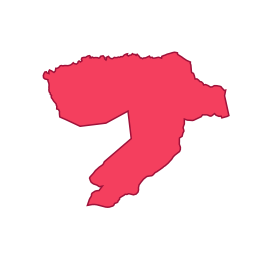 Santa Fé de Goiás, Goiás, Brazil, rotated 284°
{"feature_id": "56859067B58729650453779", "entity_name": "Santa Fé de Goiás", "entity_type": "district", "adm_level": 2, "iso_a3": "BRA", "parent_name": "Brazil", "parent_adm1": "Goiás", "projection": "albers", "projection_center": [-51.164, -15.663], "detail": "fine", "context": "isolated", "style": "filled", "palette": "rose", "viewbox_px": 256, "rotation_deg": 284, "n_neighbors": 0, "source": "geoboundaries", "source_scale": "gbopen_adm2", "svg_char_len": 3264}
<svg xmlns="http://www.w3.org/2000/svg" viewBox="0 0 256 256"><g transform="rotate(284 128 128)"><path d="M122.0,60.3L121.2,65.2L118.1,81.1L127.4,105.4L144.4,123.9L118.5,133.7L89.6,113.2L87.4,112.8L86.3,112.4L83.1,109.6L78.8,106.7L75.5,105.3L71.5,103.1L70.1,102.8L67.9,104.2L66.4,105.5L65.4,108.0L65.1,111.6L64.1,114.5L65.4,117.2L60.3,115.0L59.7,113.2L58.8,111.4L56.2,109.0L54.9,108.6L53.8,108.9L52.7,108.8L51.0,108.2L49.2,107.8L46.7,107.6L43.1,107.3L45.1,111.8L45.7,114.0L46.0,116.3L45.9,125.3L46.2,127.3L46.8,129.1L48.7,132.2L49.7,132.9L51.5,133.2L52.9,135.3L53.8,136.0L55.1,136.1L56.6,137.0L58.1,136.8L59.7,138.2L61.9,140.5L63.0,141.3L63.3,143.1L64.3,144.3L64.5,145.4L64.5,149.5L65.9,151.9L68.2,153.2L70.6,153.2L72.6,152.6L75.4,152.5L78.3,153.6L82.1,155.4L85.4,157.9L86.2,159.4L87.5,162.7L88.7,163.7L91.3,165.1L92.7,166.7L93.9,167.7L95.2,168.9L98.2,171.4L99.2,172.0L100.4,173.2L103.7,175.5L105.8,176.6L108.1,177.9L111.1,178.9L113.1,180.1L117.7,183.7L119.7,184.0L122.0,183.5L124.7,181.7L127.9,181.0L129.7,180.5L130.9,180.4L133.0,182.5L136.3,182.5L138.5,183.0L139.7,182.5L141.5,181.4L143.3,181.4L145.6,181.7L150.3,180.5L150.0,183.6L150.9,188.8L151.4,189.8L156.7,196.3L158.8,197.1L159.9,201.6L159.4,204.8L159.9,206.1L162.9,208.5L161.7,210.3L161.3,213.4L162.0,215.5L160.5,216.6L163.2,221.4L164.5,222.9L165.9,222.2L182.6,213.9L188.4,213.6L187.7,212.4L189.7,209.3L190.6,208.2L190.7,206.8L190.5,203.9L189.9,201.4L188.3,199.8L187.7,198.1L188.6,195.2L188.9,192.7L188.1,190.9L189.4,190.1L190.5,188.2L190.5,186.5L191.6,184.8L192.3,183.1L191.8,181.2L194.8,179.7L196.8,178.3L197.2,176.4L198.6,175.7L204.2,173.8L205.8,172.8L207.1,172.6L207.8,168.5L209.0,165.1L209.8,163.2L211.4,158.4L212.9,157.8L212.9,156.2L212.7,154.6L211.9,153.0L210.0,149.8L209.1,148.1L207.8,146.5L206.8,144.9L205.7,143.5L203.9,143.7L204.0,142.0L204.0,140.3L203.1,138.6L202.3,137.0L201.8,135.4L202.5,134.3L201.7,132.7L203.0,131.4L201.7,129.8L200.3,128.1L199.7,126.2L198.8,125.5L199.2,124.2L199.0,123.0L200.2,121.6L201.8,119.0L200.4,118.3L201.1,117.1L200.8,115.6L201.2,114.3L199.7,113.5L198.9,111.8L198.0,111.1L198.4,109.6L199.9,109.6L199.4,108.5L198.0,106.8L195.9,105.5L195.5,103.7L194.5,102.7L194.5,101.4L193.7,100.4L193.3,99.0L193.2,97.6L192.3,97.0L191.4,95.9L191.3,94.5L191.7,93.2L192.8,91.7L191.1,89.7L189.8,90.5L188.6,90.2L189.3,88.9L191.2,87.6L192.0,86.5L191.6,85.4L190.9,84.0L189.4,83.7L188.7,82.7L188.9,81.4L188.5,79.3L187.8,77.7L188.2,76.4L187.1,75.3L187.0,74.1L188.1,74.5L188.9,73.2L188.2,71.7L187.3,70.7L186.2,69.7L185.9,68.2L185.0,66.4L183.4,66.1L182.1,67.1L180.6,65.9L181.2,64.3L180.3,63.6L178.9,63.6L177.5,62.5L177.5,60.1L178.1,59.1L176.6,58.2L175.3,57.1L174.3,55.4L173.8,54.1L173.6,52.7L173.1,50.9L172.5,49.8L172.5,48.3L172.0,47.2L170.8,46.6L169.8,46.0L168.7,44.7L168.5,43.5L165.6,43.7L164.0,42.7L164.9,40.0L165.3,37.8L163.7,37.4L161.7,38.1L161.9,36.1L162.8,35.2L162.2,33.8L160.5,33.3L158.4,33.1L156.3,33.9L155.5,35.5L155.5,37.2L155.5,38.6L154.4,38.9L153.2,39.7L152.4,40.3L150.7,41.0L148.4,41.4L147.2,41.8L145.8,42.0L144.0,42.8L143.2,44.0L141.8,44.5L141.1,45.9L139.9,45.9L138.8,46.4L138.0,47.5L136.2,49.3L135.1,50.9L134.0,52.4L132.7,53.0L131.9,53.7L129.2,54.2L129.2,55.7L128.6,56.6L127.5,57.5L125.3,58.0L122.3,59.1L122.0,60.3Z" fill="#f43f5e" stroke="#9f1239" stroke-width="1.5"/></g></svg>